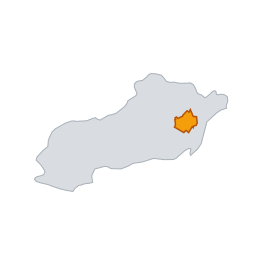 Tepelenë, Gjirokastër, Albania (highlighted), rotated 254°
{"feature_id": "67620474B25662331989090", "entity_name": "Tepelenë", "entity_type": "district", "adm_level": 2, "iso_a3": "ALB", "parent_name": "Albania", "parent_adm1": "Gjirokastër", "projection": "mercator", "projection_center": [19.977, 40.343], "detail": "fine", "context": "in_parent", "style": "filled", "palette": "amber", "viewbox_px": 256, "rotation_deg": 254, "n_neighbors": 0, "source": "geoboundaries", "source_scale": "gbopen_adm2", "svg_char_len": 1836}
<svg xmlns="http://www.w3.org/2000/svg" viewBox="0 0 256 256"><g transform="rotate(254 128 128)"><path d="M85.4,79.0L85.6,75.5L86.4,70.0L86.0,68.1L86.4,64.9L84.8,60.7L82.2,57.6L84.7,52.2L88.4,45.7L91.9,40.5L96.0,35.0L98.8,29.8L101.8,25.3L104.3,23.9L105.6,24.9L106.3,26.9L106.1,32.7L107.0,34.7L108.8,36.2L112.5,35.4L116.7,34.0L122.2,30.9L123.2,31.1L125.3,32.7L129.6,39.7L132.4,45.9L138.1,48.0L141.2,50.4L145.2,54.0L147.2,57.7L149.9,68.9L150.3,75.6L149.5,78.7L148.8,79.5L146.3,90.4L146.9,96.0L146.9,99.6L144.7,101.1L143.3,103.4L145.6,112.4L145.3,116.3L145.4,120.7L149.6,130.8L152.0,133.9L154.2,135.4L157.0,144.6L158.6,146.2L165.4,145.3L168.7,146.4L170.0,148.5L170.3,150.0L169.8,155.2L171.5,159.2L173.8,163.2L173.8,165.7L172.3,169.8L169.6,174.6L166.0,176.4L162.0,177.9L160.1,181.6L159.2,185.5L157.4,188.4L156.3,191.6L154.6,198.1L154.2,200.4L151.6,202.8L147.4,203.8L143.7,204.0L141.2,205.1L139.9,207.3L137.6,209.1L136.1,209.9L136.1,211.8L137.9,215.9L139.8,219.2L139.9,221.9L138.9,222.6L135.9,222.3L135.2,223.3L134.9,226.3L134.1,228.8L132.8,230.4L130.7,232.1L126.7,231.5L123.0,229.0L121.0,228.2L119.9,228.3L119.6,222.0L118.0,217.2L112.1,205.5L92.9,194.1L88.4,189.0L86.4,184.6L84.4,180.6L86.3,180.5L88.2,181.5L90.6,182.7L91.6,180.7L90.5,176.2L85.6,165.8L85.2,162.9L87.6,154.1L91.7,144.3L91.4,132.3L92.6,123.2L91.3,117.3L90.6,110.1L93.6,100.5L96.1,98.1L97.6,95.0L97.7,84.7L92.0,79.9L85.4,79.0Z" fill="#d9dde1" stroke="#a8b0b8" stroke-width="1"/><path d="M116.1,172.9L108.2,180.4L109.1,181.9L109.7,183.2L106.9,185.0L111.3,189.8L110.3,190.8L111.8,191.3L111.7,194.1L113.6,195.9L120.0,197.0L121.1,193.9L128.6,193.0L126.4,191.0L128.3,189.5L125.2,184.3L124.2,183.7L123.9,180.8L123.4,178.6L125.2,177.7L124.9,176.1L123.4,176.2L123.2,175.3L122.1,175.2L120.5,175.0L117.7,174.4L116.1,172.9Z" fill="#f59e0b" stroke="#b45309" stroke-width="1.5"/></g></svg>